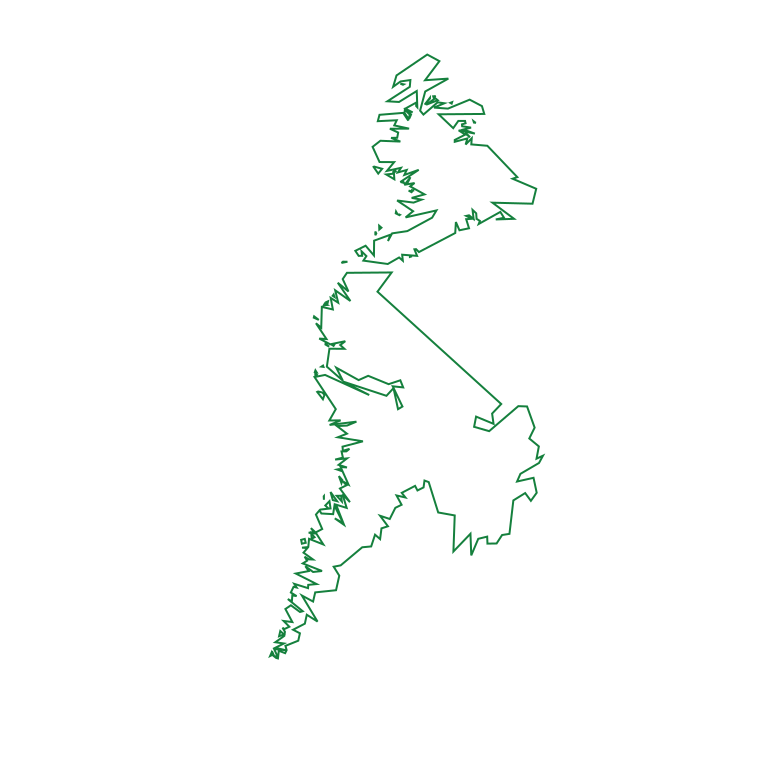 Newfoundland and Labrador, orthographic projection, rotated 221°
{"feature_id": "CAN-686", "entity_name": "Newfoundland and Labrador", "entity_type": "Province", "adm_level": 1, "iso_a3": "CAN", "parent_name": "Canada", "parent_adm1": "", "projection": "orthographic", "projection_center": [-58.847, 53.496], "detail": "fine", "context": "isolated", "style": "outline", "palette": "green", "viewbox_px": 768, "rotation_deg": 221, "n_neighbors": 0, "source": "natural_earth", "source_scale": "10m", "svg_char_len": 6208}
<svg xmlns="http://www.w3.org/2000/svg" viewBox="0 0 768 768"><g transform="rotate(221 384 384)"><path d="M290.5,106.3L293.3,108.9L288.3,106.5L285.6,108.5L293.0,111.9L283.4,118.7L293.0,113.6L289.3,122.5L296.6,117.8L294.0,128.5L296.2,132.0L300.7,133.5L298.4,133.7L296.2,138.7L304.3,139.3L297.0,144.2L310.8,149.5L309.1,155.9L297.9,156.8L296.3,159.2L315.5,158.6L311.0,159.6L314.5,164.3L310.8,166.6L317.5,165.5L319.2,171.6L316.4,173.1L320.6,174.3L307.4,180.1L309.4,182.7L303.6,188.8L326.2,183.1L318.1,193.4L323.8,194.9L314.2,195.6L308.1,202.2L327.6,195.3L326.1,200.2L330.6,201.6L325.6,202.4L322.4,205.0L334.1,203.9L334.2,211.3L339.0,218.0L324.5,223.1L338.2,227.1L335.5,234.0L349.7,240.8L349.8,246.3L346.3,245.2L337.0,252.4L341.6,259.7L323.6,252.2L333.0,250.3L321.8,251.5L341.0,261.5L330.9,266.0L342.9,273.5L332.2,272.5L348.7,276.2L345.9,282.9L350.9,283.6L344.8,284.8L362.3,292.9L357.2,296.7L365.2,293.2L363.1,303.6L371.3,294.9L366.7,301.5L371.8,305.2L368.2,308.5L367.5,312.4L371.2,306.6L374.2,309.5L362.3,326.9L383.9,313.5L379.4,322.2L391.9,321.4L384.6,328.4L380.1,337.5L398.2,317.4L392.9,328.1L401.3,320.6L403.9,333.4L441.0,343.7L434.4,352.2L387.9,366.0L416.9,358.8L374.4,376.7L374.1,387.1L356.9,374.2L355.3,379.1L375.9,388.0L367.3,394.0L374.1,397.5L380.4,386.9L401.3,379.8L405.7,370.3L430.7,365.0L417.2,359.5L438.5,359.6L448.3,374.8L437.0,384.6L442.6,384.7L441.3,390.9L450.6,378.7L462.7,375.8L456.9,380.2L475.2,385.2L468.3,385.3L481.5,401.4L471.5,406.7L480.7,414.0L471.9,415.3L482.3,422.7L463.8,424.6L485.3,430.1L471.5,430.5L484.0,436.1L484.9,443.6L451.4,473.2L449.5,449.4L282.4,445.8L283.0,432.6L275.2,425.8L293.1,419.8L287.9,410.8L273.7,417.4L268.1,455.4L261.3,460.9L241.7,449.9L238.6,438.2L226.2,438.5L219.9,427.7L217.0,434.2L215.2,426.1L222.1,405.7L219.6,397.7L209.6,411.3L197.4,402.1L196.5,392.2L205.9,394.3L210.0,381.0L191.0,353.2L195.8,347.5L194.4,337.5L201.2,331.4L206.0,336.5L211.3,329.0L205.7,311.9L220.5,327.7L221.7,303.1L244.4,331.2L258.8,322.6L285.9,339.3L290.1,337.7L286.3,331.9L288.9,325.6L293.7,327.5L299.2,313.5L293.4,312.4L301.4,308.1L291.5,304.4L294.2,298.0L291.1,285.9L300.5,282.0L287.7,279.2L291.2,273.4L285.2,264.4L291.9,264.4L287.1,253.0L293.3,246.5L297.7,218.7L302.1,213.1L292.0,210.0L284.9,196.9L299.2,181.6L294.8,173.3L307.2,170.5L278.3,161.1L290.9,159.2L286.5,151.2L291.4,138.9L283.9,140.7L280.3,134.0L286.6,121.7L282.9,119.3L282.0,116.0L288.4,113.7L284.0,107.3L285.7,106.5L290.5,106.3ZM577.0,625.1L567.5,661.0L554.0,664.0L552.3,640.2L535.8,656.7L544.8,631.8L536.1,614.0L531.0,613.2L528.3,631.8L522.6,635.5L527.6,625.4L516.4,633.8L505.9,654.8L492.4,658.0L485.5,653.6L519.7,623.4L499.6,622.5L500.5,631.3L495.4,635.7L493.5,634.3L495.5,631.1L494.1,629.8L486.5,634.6L491.0,628.2L479.7,632.6L494.1,624.4L486.3,625.5L490.7,614.6L489.5,613.2L482.2,624.0L479.5,618.3L479.0,627.0L475.3,622.1L462.3,631.6L419.1,627.6L421.6,623.3L397.2,631.2L390.2,617.5L421.1,592.0L394.2,594.0L407.6,581.5L402.5,588.2L409.1,590.2L417.5,566.9L418.6,570.0L422.5,569.4L426.4,573.3L431.4,573.5L424.6,567.3L430.5,567.1L432.2,564.8L426.0,566.4L430.1,562.3L422.0,557.3L427.9,549.5L436.0,553.4L429.3,544.7L444.2,506.5L448.3,506.8L449.4,505.6L443.1,502.4L455.1,493.5L450.7,489.4L455.6,489.4L459.9,477.0L480.5,463.6L481.2,469.0L488.0,469.4L484.6,466.4L487.2,464.1L493.0,465.7L488.6,476.3L475.9,474.4L485.5,485.7L477.1,500.9L474.8,494.5L476.7,503.0L466.7,514.7L456.8,541.1L458.3,549.4L477.0,523.9L475.4,533.5L494.5,531.1L480.7,540.3L476.6,547.8L485.2,542.6L477.8,553.7L493.9,550.3L492.8,555.7L497.8,549.6L499.7,557.4L499.2,548.4L502.4,549.4L502.0,548.3L503.4,547.6L504.0,547.9L498.3,568.4L505.8,555.1L507.3,560.4L512.3,552.8L513.0,558.3L521.6,546.7L521.9,558.1L533.0,548.6L548.2,555.5L546.3,565.2L530.7,577.7L540.1,574.4L535.6,578.5L538.3,583.1L547.0,580.5L532.6,593.2L545.9,585.9L547.4,591.4L561.1,578.3L564.0,584.2L547.4,601.2L539.5,599.0L539.2,601.5L540.4,605.2L547.1,605.7L540.5,607.8L548.6,605.8L544.3,617.6L542.1,614.9L540.4,614.7L551.5,626.6L557.7,606.7L566.9,599.6L559.5,625.2L563.5,630.7L570.0,623.2L572.1,614.3L577.0,625.1ZM342.7,255.0L349.9,247.2L344.1,253.6L348.6,253.8L348.3,259.8L342.7,255.0ZM420.1,332.4L429.2,334.2L428.8,335.1L425.0,337.1L421.8,336.8L420.1,332.4ZM526.6,545.2L526.4,539.0L534.3,541.0L534.1,541.6L526.6,545.2ZM546.4,602.1L548.2,604.7L541.2,604.2L539.4,600.2L546.4,602.1ZM351.1,281.3L357.6,284.9L352.3,284.1L351.1,281.3ZM346.5,262.8L353.5,267.4L342.5,264.8L346.5,262.8ZM514.5,549.3L510.5,545.3L519.8,543.6L514.5,549.3ZM337.1,219.9L340.8,223.4L335.9,222.8L337.1,219.9ZM346.3,268.6L343.1,271.5L338.8,267.7L346.3,268.6ZM297.7,124.8L300.2,129.5L295.2,129.4L297.7,124.8ZM344.6,227.3L339.4,227.1L338.3,225.7L343.3,222.3L339.9,226.3L344.6,227.3ZM338.5,206.7L334.8,210.6L334.6,209.6L338.5,206.7ZM338.9,212.8L341.2,209.6L344.3,212.0L342.2,215.1L338.9,212.8ZM535.4,622.4L532.8,633.3L529.6,633.4L535.4,622.4ZM475.3,389.6L480.5,388.0L481.1,389.2L475.3,389.6ZM488.9,497.5L491.5,500.3L488.5,500.3L488.9,497.5ZM480.9,626.7L486.1,626.4L487.4,627.2L480.9,626.7ZM358.4,290.7L363.3,288.7L362.0,290.4L358.4,290.7ZM355.8,260.0L353.4,257.2L355.8,259.7L355.8,260.0ZM495.2,449.4L491.8,452.3L495.5,447.5L495.2,449.4ZM449.9,376.2L454.1,375.4L454.5,376.0L449.9,376.2ZM478.7,406.4L481.1,403.8L481.5,406.0L478.7,406.4ZM441.1,345.1L443.0,347.1L440.8,347.0L441.1,345.1ZM488.1,490.6L490.6,493.4L488.6,492.6L488.1,490.6ZM488.3,547.0L492.3,546.1L489.8,547.4L488.3,547.0ZM447.5,382.2L447.1,379.7L449.5,379.3L447.5,382.2ZM516.2,549.2L515.9,552.7L514.5,552.1L516.2,549.2ZM536.6,629.6L536.6,621.5L537.1,630.2L536.6,629.6ZM566.0,622.3L568.7,621.4L565.7,623.1L566.0,622.3ZM488.2,549.8L490.1,547.7L490.2,548.6L488.2,549.8ZM291.5,104.0L292.5,107.1L290.8,105.7L291.5,104.0ZM479.3,407.4L481.3,407.9L480.5,409.7L479.3,407.4ZM478.6,417.2L480.6,416.9L480.7,418.5L478.6,417.2ZM533.9,635.2L534.6,632.8L535.6,633.4L533.9,635.2ZM485.2,521.0L487.1,520.5L488.0,522.0L485.2,521.0ZM446.7,498.7L447.8,496.9L448.4,497.6L446.7,498.7ZM488.9,641.1L486.5,641.2L485.9,641.5L487.6,640.3L488.9,641.1ZM440.9,357.2L442.6,356.1L442.1,357.9L440.9,357.2ZM442.4,348.6L444.0,347.6L444.7,349.3L442.4,348.6ZM516.9,640.0L518.4,639.7L517.5,641.4L516.9,640.0ZM483.1,521.8L484.6,521.7L483.0,522.1L483.1,521.8Z" fill="none" stroke="#15803d" stroke-width="2"/></g></svg>